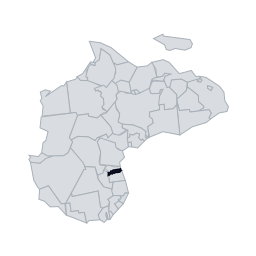 Africa, with Togo highlighted, rotated 263°
{"feature_id": "TGO", "entity_name": "Togo", "entity_type": "country or territory", "adm_level": 0, "iso_a3": "TGO", "parent_name": "Africa", "parent_adm1": "", "projection": "mercator", "projection_center": [0.728, 8.603], "detail": "fine", "context": "in_parent", "style": "filled", "palette": "ink", "viewbox_px": 256, "rotation_deg": 263, "n_neighbors": 49, "source": "natural_earth", "source_scale": "50m", "svg_char_len": 10976}
<svg xmlns="http://www.w3.org/2000/svg" viewBox="0 0 256 256"><g transform="rotate(263 128 128)"><path d="M173.3,134.7L187.3,144.5L187.3,154.7L190.3,159.6L188.2,161.1L175.1,162.8L172.9,157.2L165.0,154.3L162.0,149.4L161.3,144.1L165.0,141.1L164.1,135.2L173.3,134.7Z" fill="#d9dde1" stroke="#a8b0b8" stroke-width="1"/><path d="M60.8,56.9L60.8,61.3L52.1,61.2L52.2,68.6L49.8,68.9L49.6,74.5L38.7,75.4L49.1,56.1L60.8,56.9Z" fill="#d9dde1" stroke="#a8b0b8" stroke-width="1"/><path d="M161.3,144.1L165.0,154.3L159.7,154.8L158.7,163.6L162.0,164.6L162.2,167.5L155.5,163.1L142.3,161.6L141.2,151.5L136.8,150.6L134.0,153.3L129.9,153.6L126.9,147.7L116.0,147.5L119.7,144.1L122.3,145.3L126.1,141.5L130.4,133.3L132.8,121.1L135.2,118.9L143.0,121.5L151.5,118.3L156.1,118.3L158.9,120.8L162.3,120.0L166.1,126.4L162.7,130.6L161.3,144.1Z" fill="#d9dde1" stroke="#a8b0b8" stroke-width="1"/><path d="M193.6,136.6L192.0,124.8L195.1,121.0L202.6,118.9L210.0,111.0L199.2,107.8L196.2,104.1L197.8,101.7L201.6,104.4L218.8,100.2L216.1,110.8L209.9,121.0L193.6,136.6Z" fill="#d9dde1" stroke="#a8b0b8" stroke-width="1"/><path d="M187.3,144.5L173.3,134.7L176.3,127.1L173.6,120.9L177.0,117.6L184.5,122.7L194.3,121.8L192.0,124.8L193.6,136.6L187.3,144.5Z" fill="#d9dde1" stroke="#a8b0b8" stroke-width="1"/><path d="M148.7,110.4L146.7,109.2L145.7,108.4L146.0,105.4L141.7,98.6L144.6,90.2L146.9,90.4L146.8,78.2L149.8,78.2L149.8,72.6L181.2,72.6L182.8,82.1L185.2,83.8L181.1,86.7L179.6,96.0L174.3,103.9L173.5,109.1L170.3,99.6L166.6,106.1L163.0,104.8L160.3,107.2L154.4,107.1L150.0,104.9L146.9,109.3L148.7,110.4Z" fill="#d9dde1" stroke="#a8b0b8" stroke-width="1"/><path d="M146.7,79.4L146.9,90.4L144.6,90.2L141.7,98.6L144.2,102.6L131.2,111.3L124.1,112.5L120.6,106.8L124.6,105.7L122.3,96.6L119.5,93.8L124.0,87.6L125.8,77.1L123.0,70.1L125.7,68.5L146.7,79.4Z" fill="#d9dde1" stroke="#a8b0b8" stroke-width="1"/><path d="M126.9,211.0L128.2,209.5L132.5,212.4L136.3,210.7L136.3,199.7L139.0,205.8L140.8,205.5L145.4,201.2L151.6,201.8L161.5,192.0L166.2,192.5L168.1,198.6L167.9,202.9L165.8,202.6L164.8,205.5L166.4,207.2L170.5,205.5L168.8,211.5L158.3,223.9L151.9,227.6L143.4,227.4L136.8,230.3L132.3,228.2L131.9,220.4L126.9,211.0ZM160.3,212.2L157.9,211.8L155.1,214.9L158.0,217.0L160.3,212.2Z" fill="#d9dde1" stroke="#a8b0b8" stroke-width="1"/><path d="M160.3,212.2L158.0,217.0L155.1,214.9L157.9,211.8L160.3,212.2Z" fill="#d9dde1" stroke="#a8b0b8" stroke-width="1"/><path d="M166.2,192.5L157.8,190.3L150.5,179.8L155.2,180.4L163.7,173.7L170.5,177.0L170.1,187.0L166.2,192.5Z" fill="#d9dde1" stroke="#a8b0b8" stroke-width="1"/><path d="M161.5,192.0L151.6,201.8L145.4,201.2L140.8,205.5L139.0,205.8L136.3,199.7L136.3,191.4L138.9,191.3L139.0,181.2L150.5,179.8L157.8,190.3L161.5,192.0Z" fill="#d9dde1" stroke="#a8b0b8" stroke-width="1"/><path d="M136.3,191.4L136.3,210.7L132.5,212.4L128.2,209.5L126.9,211.0L124.0,206.6L121.4,192.1L114.8,178.6L150.0,179.4L139.0,181.2L138.9,191.3L136.3,191.4Z" fill="#d9dde1" stroke="#a8b0b8" stroke-width="1"/><path d="M39.6,95.9L37.2,92.8L41.2,88.1L45.3,87.7L51.6,93.1L53.3,99.0L39.7,99.2L39.3,97.1L47.2,96.2L39.6,95.9Z" fill="#d9dde1" stroke="#a8b0b8" stroke-width="1"/><path d="M53.3,99.0L51.6,93.1L52.9,91.0L69.1,90.7L66.7,64.1L70.8,64.0L92.1,79.1L92.1,80.9L95.0,80.6L93.4,90.5L80.9,92.2L73.2,96.3L69.5,104.6L62.6,105.1L59.7,99.4L56.9,100.7L53.3,99.0Z" fill="#d9dde1" stroke="#a8b0b8" stroke-width="1"/><path d="M38.7,75.4L49.6,74.5L49.8,68.9L52.2,68.6L52.1,61.2L60.8,61.3L60.8,56.9L70.8,64.0L66.7,64.1L69.1,90.7L52.9,91.0L51.6,93.1L45.3,87.7L40.3,89.0L40.8,78.0L38.7,75.4Z" fill="#d9dde1" stroke="#a8b0b8" stroke-width="1"/><path d="M90.9,115.6L88.7,115.9L88.2,108.0L85.8,104.4L91.3,99.6L93.8,103.6L91.0,109.6L90.9,115.6Z" fill="#d9dde1" stroke="#a8b0b8" stroke-width="1"/><path d="M123.0,70.1L125.8,77.1L124.0,87.6L119.5,93.8L122.3,96.6L121.2,98.9L118.3,95.9L107.6,98.0L98.1,95.2L94.6,96.1L93.3,101.2L86.5,97.9L84.8,92.3L93.4,90.5L95.0,80.6L115.5,68.4L121.1,71.2L123.0,70.1Z" fill="#d9dde1" stroke="#a8b0b8" stroke-width="1"/><path d="M90.9,115.6L95.3,95.5L107.6,98.0L118.3,95.9L122.3,100.0L114.8,113.7L108.2,115.1L106.2,119.6L99.3,120.9L95.2,115.6L90.9,115.6Z" fill="#d9dde1" stroke="#a8b0b8" stroke-width="1"/><path d="M122.1,97.9L124.6,105.7L120.6,106.8L124.5,111.8L122.0,119.7L125.9,127.6L109.3,126.1L106.2,120.3L106.9,117.7L110.5,113.5L114.8,113.7L122.1,97.9Z" fill="#d9dde1" stroke="#a8b0b8" stroke-width="1"/><path d="M83.8,102.9L86.6,116.5L76.2,119.0L76.0,103.0L83.8,102.9Z" fill="#d9dde1" stroke="#a8b0b8" stroke-width="1"/><path d="M62.6,105.1L67.4,104.2L76.3,106.6L76.2,119.0L63.4,120.6L63.8,117.1L61.0,115.1L62.6,105.1Z" fill="#d9dde1" stroke="#a8b0b8" stroke-width="1"/><path d="M47.6,98.7L56.9,100.7L59.7,99.4L62.6,105.1L61.9,111.8L59.4,112.8L58.0,109.5L56.0,110.0L54.4,105.5L48.8,108.6L43.8,102.8L47.6,98.7Z" fill="#d9dde1" stroke="#a8b0b8" stroke-width="1"/><path d="M39.7,99.2L47.6,98.7L47.5,100.7L43.8,102.8L39.7,99.2Z" fill="#d9dde1" stroke="#a8b0b8" stroke-width="1"/><path d="M61.5,111.8L61.0,115.1L63.8,117.1L63.4,120.6L53.5,114.2L56.7,109.9L59.4,112.8L61.5,111.8Z" fill="#d9dde1" stroke="#a8b0b8" stroke-width="1"/><path d="M48.8,108.6L54.4,105.5L56.7,109.9L53.5,114.2L48.8,108.6Z" fill="#d9dde1" stroke="#a8b0b8" stroke-width="1"/><path d="M69.5,104.6L72.5,96.9L80.9,92.2L84.8,92.3L86.5,97.9L89.5,98.5L86.1,102.9L76.0,103.0L76.3,106.6L69.5,104.6Z" fill="#d9dde1" stroke="#a8b0b8" stroke-width="1"/><path d="M156.1,118.3L148.3,118.7L143.0,121.5L135.2,118.9L132.5,122.9L129.0,122.3L126.1,126.2L122.0,117.8L124.1,112.5L131.2,111.3L144.2,102.6L145.7,108.4L156.1,118.3Z" fill="#d9dde1" stroke="#a8b0b8" stroke-width="1"/><path d="M132.5,122.9L130.4,133.3L126.1,141.5L122.3,145.3L117.1,143.9L115.2,145.5L113.1,142.7L115.1,141.2L114.1,139.5L117.0,137.3L120.7,138.7L121.9,135.7L120.3,132.1L121.5,129.0L118.9,128.7L118.3,126.2L125.9,127.6L129.0,122.3L132.5,122.9Z" fill="#d9dde1" stroke="#a8b0b8" stroke-width="1"/><path d="M113.6,126.2L118.0,126.0L118.9,128.7L121.5,129.0L120.3,132.1L121.9,135.7L120.7,138.7L117.0,137.3L114.1,139.5L115.1,141.2L113.1,142.7L107.0,135.1L108.8,129.5L113.6,129.4L113.6,126.2Z" fill="#d9dde1" stroke="#a8b0b8" stroke-width="1"/><path d="M109.3,126.1L113.6,126.2L113.6,129.4L108.8,129.5L109.3,126.1Z" fill="#d9dde1" stroke="#a8b0b8" stroke-width="1"/><path d="M165.0,154.3L171.6,157.9L170.1,168.8L171.5,169.5L163.5,171.7L163.7,173.7L155.2,180.4L145.1,179.2L141.6,175.2L141.7,166.5L147.2,166.6L146.9,161.2L155.5,163.1L162.2,167.5L162.0,164.6L158.7,163.6L158.9,156.5L160.4,154.5L165.0,154.3Z" fill="#d9dde1" stroke="#a8b0b8" stroke-width="1"/><path d="M170.3,156.7L174.3,159.2L175.1,168.4L178.0,171.2L176.3,177.2L174.8,171.2L170.1,168.8L172.2,160.1L170.3,156.7Z" fill="#d9dde1" stroke="#a8b0b8" stroke-width="1"/><path d="M175.1,162.8L182.8,162.9L190.3,159.6L191.5,171.4L188.0,177.0L175.7,185.5L177.4,197.9L171.0,201.5L170.5,205.5L168.5,205.5L166.2,192.5L170.1,187.0L170.5,177.0L163.9,174.7L163.5,171.7L171.5,169.5L174.8,171.2L176.3,177.2L178.0,171.2L175.1,168.4L175.1,162.8Z" fill="#d9dde1" stroke="#a8b0b8" stroke-width="1"/><path d="M168.5,205.5L166.4,207.2L164.8,205.5L165.8,202.6L168.5,205.5Z" fill="#d9dde1" stroke="#a8b0b8" stroke-width="1"/><path d="M115.2,145.5L117.1,145.4L116.0,147.5L115.2,145.5ZM116.3,148.3L126.9,147.7L129.9,153.6L134.0,153.3L136.8,150.6L141.2,151.5L142.3,161.6L147.2,162.1L147.2,166.6L141.7,166.5L141.6,175.2L145.1,179.2L114.8,178.6L120.1,162.2L116.3,148.3Z" fill="#d9dde1" stroke="#a8b0b8" stroke-width="1"/><path d="M164.3,138.6L165.0,141.1L161.3,144.1L160.4,139.7L164.3,138.6Z" fill="#d9dde1" stroke="#a8b0b8" stroke-width="1"/><path d="M213.7,164.2L216.9,174.2L215.0,174.2L208.2,200.3L203.7,202.2L200.1,200.4L198.3,194.0L201.2,184.5L199.9,178.9L201.2,175.6L206.1,174.4L213.7,164.2Z" fill="#d9dde1" stroke="#a8b0b8" stroke-width="1"/><path d="M39.3,97.1L43.9,95.2L47.2,96.2L39.3,97.1Z" fill="#d9dde1" stroke="#a8b0b8" stroke-width="1"/><path d="M108.8,48.1L103.6,36.3L106.0,27.0L108.9,25.7L110.7,27.7L112.9,26.5L110.6,35.5L114.1,39.3L108.8,48.1Z" fill="#d9dde1" stroke="#a8b0b8" stroke-width="1"/><path d="M60.8,56.9L60.8,52.5L80.3,42.0L78.0,32.8L80.6,31.0L87.6,28.1L106.0,27.0L103.6,36.3L107.7,42.5L109.7,50.8L108.4,60.7L111.0,65.7L115.5,68.4L98.8,79.4L92.1,80.9L92.1,79.1L60.8,56.9Z" fill="#d9dde1" stroke="#a8b0b8" stroke-width="1"/><path d="M180.0,93.7L181.1,86.7L185.2,83.8L187.5,89.6L197.6,98.3L195.7,98.8L189.5,93.4L180.0,93.7Z" fill="#d9dde1" stroke="#a8b0b8" stroke-width="1"/><path d="M49.1,56.1L58.5,49.2L59.2,41.1L65.5,36.2L68.1,30.9L78.0,32.8L80.3,42.0L60.8,52.5L60.9,56.1L49.1,56.1Z" fill="#d9dde1" stroke="#a8b0b8" stroke-width="1"/><path d="M181.2,72.6L149.8,72.6L150.2,44.2L160.2,46.4L165.6,44.2L168.2,46.2L174.3,45.3L176.0,50.5L174.0,55.6L169.2,49.8L178.1,67.0L177.6,69.4L181.2,72.6Z" fill="#d9dde1" stroke="#a8b0b8" stroke-width="1"/><path d="M149.6,43.2L149.8,78.2L146.7,79.4L125.7,68.5L121.1,71.2L111.0,65.7L108.4,60.7L110.1,44.8L114.1,39.3L124.0,42.0L125.3,44.8L134.2,48.2L138.9,40.7L149.6,43.2Z" fill="#d9dde1" stroke="#a8b0b8" stroke-width="1"/><path d="M210.0,111.0L202.6,118.9L188.3,123.1L179.3,120.4L170.8,111.5L180.0,93.7L183.1,94.2L183.9,92.2L193.7,96.3L195.7,98.8L194.1,102.8L196.8,103.1L199.2,107.8L210.0,111.0Z" fill="#d9dde1" stroke="#a8b0b8" stroke-width="1"/><path d="M195.7,98.8L198.2,99.2L196.8,103.1L194.1,102.8L195.7,98.8Z" fill="#d9dde1" stroke="#a8b0b8" stroke-width="1"/><path d="M173.3,134.7L161.9,135.7L166.3,122.2L173.6,120.9L174.9,122.8L176.3,127.1L173.3,134.7Z" fill="#d9dde1" stroke="#a8b0b8" stroke-width="1"/><path d="M164.1,135.2L165.0,138.2L160.4,139.7L161.2,136.5L164.1,135.2Z" fill="#d9dde1" stroke="#a8b0b8" stroke-width="1"/><path d="M165.2,122.9L162.3,120.0L157.7,120.5L146.9,109.3L151.9,104.5L154.4,107.1L160.3,107.2L163.0,104.8L166.6,106.1L169.4,102.7L168.5,100.3L171.5,99.8L173.5,109.1L170.8,111.5L177.0,117.6L172.0,122.2L165.2,122.9Z" fill="#d9dde1" stroke="#a8b0b8" stroke-width="1"/><path d="M86.1,103.0L85.9,103.6L85.8,104.6L86.3,105.0L86.9,105.4L87.3,105.6L87.3,106.3L87.3,106.8L87.4,107.1L87.4,107.3L87.5,107.5L87.9,107.9L88.0,108.2L88.0,108.9L88.0,109.5L88.1,110.2L88.1,110.9L88.1,111.7L88.1,112.7L88.1,113.6L87.8,113.7L87.9,114.0L88.0,114.2L88.0,114.3L87.9,114.5L88.0,114.7L88.4,115.2L88.5,115.5L88.0,115.6L87.2,115.9L86.9,116.1L86.9,115.9L86.6,115.8L86.4,115.6L86.4,115.4L86.2,115.4L85.9,115.3L85.7,115.1L85.6,114.9L85.5,114.7L85.3,114.3L85.2,114.2L85.2,113.9L85.2,113.7L85.3,113.6L85.3,113.4L85.4,113.0L85.4,112.7L85.2,112.6L85.1,112.3L85.1,112.2L85.4,111.7L85.3,110.6L85.3,110.4L85.5,110.3L85.6,110.2L85.4,109.7L85.0,109.4L84.9,109.2L84.8,108.9L85.0,108.8L85.1,108.7L85.0,108.4L85.0,108.0L85.1,107.7L85.2,107.3L85.2,107.2L84.9,107.0L84.7,107.0L84.4,107.1L84.5,107.0L84.4,106.9L84.5,106.8L84.6,106.7L84.6,106.1L84.7,105.8L84.7,105.0L84.8,104.9L84.6,104.8L84.3,104.6L84.2,104.4L84.0,104.2L83.9,104.1L83.6,103.9L83.5,103.7L83.7,103.2L83.8,102.9L83.6,102.6L84.2,102.7L85.0,103.0L85.5,103.0L86.1,103.0Z" fill="#0f172a" stroke="#020617" stroke-width="1.5"/></g></svg>